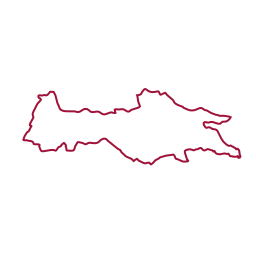 SVG path tracing the border of Sucumbios, rotated 349°
{"feature_id": "ECU-1411", "entity_name": "Sucumbios", "entity_type": "Province", "adm_level": 1, "iso_a3": "ECU", "parent_name": "Ecuador", "parent_adm1": "", "projection": "orthographic", "projection_center": [-76.613, 0.009], "detail": "fine", "context": "isolated", "style": "outline", "palette": "rose", "viewbox_px": 256, "rotation_deg": 349, "n_neighbors": 0, "source": "natural_earth", "source_scale": "10m", "svg_char_len": 5057}
<svg xmlns="http://www.w3.org/2000/svg" viewBox="0 0 256 256"><g transform="rotate(349 128 128)"><path d="M58.7,77.6L61.9,78.4L63.0,82.1L63.5,90.2L64.2,92.8L64.5,95.1L65.3,97.1L67.4,98.7L70.1,99.7L78.3,101.4L79.8,101.9L80.9,102.5L82.1,102.8L83.8,102.8L87.7,101.3L89.0,101.0L90.1,101.3L91.7,101.7L94.7,105.1L96.9,105.8L100.0,105.9L101.0,106.0L102.3,106.5L103.1,107.0L104.8,108.8L106.1,109.7L107.2,110.1L108.4,110.2L113.7,109.4L114.7,109.5L117.5,110.7L118.6,110.7L118.4,107.6L119.4,107.2L122.1,108.0L125.8,108.4L126.9,108.7L128.2,109.6L130.2,111.5L131.7,112.0L132.8,111.8L134.8,110.8L142.5,109.9L143.9,109.0L143.1,103.9L143.3,98.1L143.2,97.6L143.9,97.7L145.6,97.6L146.4,97.5L147.2,97.2L149.1,94.9L149.5,94.5L149.9,94.3L151.3,93.2L152.2,93.0L152.9,93.3L155.1,95.6L156.6,96.6L158.1,97.2L159.8,97.6L161.7,97.7L163.4,97.7L164.2,97.7L164.9,98.0L165.3,98.8L165.8,100.9L166.2,101.5L167.6,101.4L169.5,100.8L171.3,100.6L172.0,101.7L172.4,102.7L177.5,109.2L177.9,110.2L178.3,111.7L179.1,112.9L181.0,114.7L185.7,117.6L186.4,118.7L189.5,120.9L191.7,122.2L192.9,122.7L194.4,123.0L196.2,123.2L197.9,123.0L201.3,122.3L202.7,122.1L204.3,122.6L205.5,123.7L206.5,124.8L207.3,125.3L208.6,125.7L212.3,129.0L216.8,131.8L218.6,132.4L220.1,133.5L224.5,134.3L229.4,136.1L230.8,137.0L229.9,138.1L228.1,139.4L227.1,139.9L226.1,140.2L224.9,140.3L222.2,139.9L221.6,140.0L219.5,141.3L217.5,141.1L212.1,138.2L211.0,138.0L209.9,137.9L208.6,138.1L207.4,137.9L205.9,137.3L204.6,136.9L203.4,137.3L203.0,138.6L203.4,140.4L204.1,141.9L204.8,142.7L205.5,142.8L207.2,142.7L208.0,142.8L208.9,143.4L210.5,144.9L211.5,145.4L213.1,145.9L214.4,146.7L215.2,147.8L217.7,156.6L219.1,159.8L221.4,162.9L222.8,164.2L223.7,164.8L224.5,164.9L225.4,164.8L225.9,165.1L226.2,165.5L229.2,167.9L229.5,168.2L229.9,169.1L230.2,169.5L230.6,169.6L231.3,169.2L231.7,169.3L232.6,170.7L232.8,172.1L232.6,175.2L232.7,175.8L232.8,176.4L232.9,176.9L232.8,177.6L232.1,178.4L230.9,178.4L230.7,178.3L230.5,177.8L230.7,176.9L230.6,176.7L230.3,176.5L229.9,176.7L229.2,176.8L228.3,176.8L225.6,176.1L224.5,175.5L223.7,175.4L223.1,175.2L222.7,174.8L222.4,174.1L222.2,173.3L221.9,172.7L221.6,172.4L220.3,172.4L219.6,172.2L218.8,171.7L217.9,171.4L214.4,171.3L213.9,171.4L213.3,171.4L210.8,170.6L209.9,169.9L209.4,169.4L209.1,168.9L208.9,168.4L208.7,167.6L208.6,167.2L208.3,167.0L207.5,167.4L207.2,167.3L207.0,166.9L206.8,166.4L206.3,166.0L205.4,165.5L203.8,164.7L202.9,164.2L202.1,163.9L201.4,164.0L200.7,164.3L199.6,164.5L198.6,164.6L197.7,164.1L197.2,163.5L196.6,162.4L196.2,161.9L195.5,161.5L194.9,161.4L194.1,161.6L193.3,161.8L192.4,162.0L190.5,162.0L189.9,162.1L189.1,162.4L188.4,162.4L187.6,162.2L186.7,161.6L185.6,161.0L184.1,160.6L181.7,160.6L180.4,160.9L179.5,161.4L179.2,162.2L179.2,163.4L179.9,169.8L180.3,170.7L180.7,171.2L180.8,171.6L180.7,171.9L180.3,172.1L179.4,172.0L177.6,171.9L175.8,171.5L174.1,170.5L170.9,168.2L169.4,167.5L168.9,166.9L168.6,165.1L168.3,164.1L167.8,163.2L167.5,162.8L160.2,162.4L154.2,162.9L153.4,163.2L151.9,164.0L149.3,164.7L148.6,165.0L145.5,167.3L143.7,168.1L142.9,167.4L142.4,166.2L141.1,165.9L138.0,166.0L136.6,165.3L132.5,162.2L130.9,160.0L129.1,160.5L127.3,161.5L126.5,160.4L126.1,159.8L125.4,158.9L121.1,155.9L120.2,155.1L119.8,154.6L119.6,154.1L118.8,152.9L118.1,152.2L116.7,150.0L116.5,149.6L116.5,148.9L116.4,148.6L116.1,148.2L113.7,146.1L105.8,136.7L105.0,135.4L104.5,134.8L103.4,134.1L102.3,133.8L100.3,134.1L99.1,134.6L98.0,135.1L97.1,135.8L96.0,136.4L94.3,136.7L92.4,136.6L88.1,135.3L86.7,135.1L85.4,135.3L84.6,135.7L83.7,135.9L82.8,135.7L80.6,134.1L78.4,133.1L77.2,132.6L76.1,132.3L75.0,133.2L72.9,135.6L72.3,136.5L71.5,138.2L71.0,138.9L70.5,139.3L70.1,139.6L69.2,139.6L67.9,139.5L64.3,138.6L63.6,138.3L63.4,137.9L63.4,137.4L63.5,136.8L63.6,136.4L63.7,136.0L63.6,135.6L63.4,134.9L63.3,134.5L63.4,134.2L63.7,133.7L63.8,133.4L63.7,133.0L63.5,132.7L63.2,132.1L63.0,131.3L62.6,130.7L62.2,130.5L61.2,130.9L60.2,131.6L59.8,131.7L59.5,131.9L59.2,132.2L59.0,132.7L58.5,133.0L57.7,133.3L56.4,133.5L55.6,134.0L53.9,135.7L53.1,136.3L52.6,136.4L51.7,135.9L50.7,135.4L48.6,134.9L40.9,134.7L39.4,134.5L38.4,133.8L37.9,132.3L37.4,129.7L37.4,129.0L37.5,128.6L37.7,128.4L37.8,128.1L37.9,127.8L37.9,127.6L37.1,127.0L33.7,126.2L32.8,125.9L32.4,125.6L32.3,125.4L32.2,124.4L32.0,123.7L31.7,123.3L31.3,123.0L30.2,122.3L29.8,122.1L29.5,122.1L29.2,122.0L28.1,121.6L26.1,120.6L25.9,120.6L25.5,120.7L25.4,120.7L24.4,120.3L23.5,120.0L23.2,119.9L23.1,119.7L23.1,119.4L25.0,116.2L27.7,113.3L28.8,112.6L29.2,112.5L29.6,112.4L29.9,112.2L30.2,112.0L30.6,111.5L32.0,109.5L33.0,108.4L33.3,108.1L33.5,107.9L33.6,107.6L33.4,107.3L33.2,107.2L32.8,107.1L32.6,107.1L32.4,106.9L32.2,106.6L32.2,106.1L32.7,105.1L35.2,102.0L36.9,100.0L37.2,99.0L37.0,98.0L37.0,97.3L37.1,96.0L37.5,95.1L38.2,94.0L43.5,87.2L44.1,86.6L47.0,84.5L47.6,83.9L47.9,83.5L47.8,83.2L47.7,82.8L47.5,82.4L47.1,82.0L46.3,81.4L46.1,81.0L46.0,80.5L46.1,79.7L46.3,79.3L46.6,79.1L47.0,79.0L47.4,79.0L48.1,79.2L49.3,79.6L50.0,79.7L52.1,79.7L52.5,79.8L54.0,80.4L55.3,80.1L58.1,78.0L58.4,77.6L58.7,77.6Z" fill="none" stroke="#9f1239" stroke-width="2"/></g></svg>